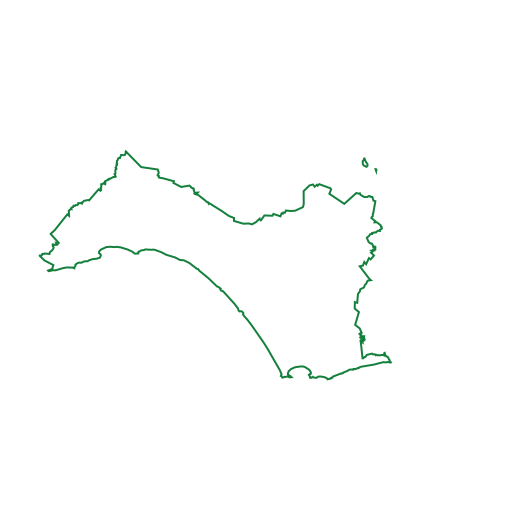 Comondú, Baja California Sur, Mexico (Albers equal-area conic projection), rotated 310°
{"feature_id": "50627088B21176552123181", "entity_name": "Comondú", "entity_type": "district", "adm_level": 2, "iso_a3": "MEX", "parent_name": "Mexico", "parent_adm1": "Baja California Sur", "projection": "albers", "projection_center": [-111.876, 25.447], "detail": "fine", "context": "isolated", "style": "outline", "palette": "green", "viewbox_px": 512, "rotation_deg": 310, "n_neighbors": 0, "source": "geoboundaries", "source_scale": "gbopen_adm2", "svg_char_len": 6057}
<svg xmlns="http://www.w3.org/2000/svg" viewBox="0 0 512 512"><g transform="rotate(310 256 256)"><path d="M252.4,89.0L252.1,89.1L251.2,90.3L250.8,90.0L249.4,90.6L248.1,89.8L246.7,87.7L243.6,88.8L242.8,87.9L242.1,87.7L240.6,88.4L239.6,88.3L238.3,89.1L237.9,90.0L236.9,90.1L236.8,90.7L236.3,91.0L235.8,90.8L234.5,91.6L233.3,91.7L233.0,93.1L231.4,93.0L228.9,95.2L228.3,95.5L227.8,95.1L226.6,97.5L225.9,97.2L225.0,96.0L220.0,94.1L220.3,93.7L217.5,93.0L216.2,92.3L215.6,92.5L215.2,93.6L214.1,94.3L213.6,92.3L212.4,92.2L211.5,91.3L208.7,93.6L208.1,93.3L207.8,93.6L207.0,95.0L205.9,94.8L205.9,92.6L191.3,92.4L191.1,91.5L187.7,88.8L186.1,88.6L184.4,89.0L184.6,88.0L183.7,87.7L182.2,85.8L181.2,86.5L180.2,86.4L178.9,85.0L177.9,85.0L177.2,83.9L176.0,84.4L175.1,83.8L173.8,83.7L173.2,84.6L172.6,83.8L170.4,83.5L166.6,87.0L166.6,84.7L146.5,85.2L140.9,84.5L139.2,96.5L138.7,96.5L137.9,95.7L137.5,94.7L137.3,95.2L136.1,95.2L136.9,95.8L136.8,96.3L135.9,95.7L135.5,94.8L134.6,94.1L134.5,92.9L134.2,92.8L132.9,94.1L133.0,94.6L132.5,95.4L131.4,96.0L128.9,96.2L127.5,95.7L126.1,95.8L124.8,96.5L122.0,92.4L121.2,92.2L120.3,91.0L119.1,91.4L118.0,91.2L117.2,89.4L116.6,96.8L118.8,106.6L115.1,108.2L111.2,106.1L111.1,106.9L115.0,110.0L116.1,111.6L122.6,115.9L125.4,118.2L129.3,123.0L129.8,124.7L130.7,124.1L132.3,124.1L133.4,123.2L135.9,123.9L137.4,124.9L138.4,126.4L141.6,128.0L143.8,130.4L145.5,130.9L148.6,132.9L151.4,135.6L154.4,137.5L156.7,136.8L157.4,135.7L157.2,135.3L157.4,133.7L158.8,132.9L161.3,133.1L166.6,135.6L169.3,138.3L171.8,141.8L173.4,143.3L175.7,146.9L178.6,153.9L179.8,158.5L179.9,161.7L182.3,164.2L183.7,163.2L184.6,163.9L186.4,164.4L188.6,166.4L189.9,167.0L193.6,172.0L194.9,173.2L195.8,174.8L198.0,180.9L199.3,186.6L202.9,195.0L204.1,200.4L206.3,203.4L207.8,209.4L208.2,219.0L208.8,220.2L208.3,221.7L208.4,234.3L207.6,245.6L208.1,247.0L208.3,249.8L207.7,249.8L207.3,250.6L207.1,251.9L207.7,252.7L207.7,254.4L205.5,270.5L204.2,276.0L203.2,277.4L202.9,278.5L203.1,279.3L203.9,279.8L204.5,280.9L204.1,283.1L202.9,283.7L202.4,285.1L201.7,290.2L200.0,297.7L194.4,318.2L192.1,325.2L183.9,347.5L182.0,351.4L180.1,352.2L180.4,352.8L179.8,354.4L180.1,354.8L181.7,355.4L182.3,356.4L183.5,357.1L184.1,357.8L184.6,359.7L186.0,361.1L186.1,360.1L185.7,356.7L186.5,355.9L188.9,355.1L191.9,355.5L195.5,357.2L197.5,358.8L200.3,361.4L201.9,363.6L202.4,365.1L203.0,369.2L202.8,371.0L202.0,373.0L200.9,373.7L200.2,373.1L198.9,372.9L198.4,374.6L197.5,375.7L198.0,376.5L199.9,377.1L199.7,377.8L201.5,380.6L203.6,381.2L205.5,383.3L207.5,387.1L207.9,389.3L207.5,390.0L209.4,391.6L209.8,391.5L210.9,392.0L211.0,392.4L211.9,392.3L212.1,392.7L213.2,392.5L220.6,396.6L220.9,397.2L221.4,397.2L221.9,397.8L223.3,398.0L226.5,399.8L228.7,400.5L230.0,401.6L231.4,403.5L231.8,403.2L232.3,403.4L233.0,404.5L234.0,405.3L235.3,405.8L235.7,406.4L236.3,406.4L236.9,407.0L237.3,406.9L238.5,407.5L248.6,416.1L256.4,421.7L258.3,424.2L259.2,424.8L260.9,427.4L261.2,428.5L261.3,425.9L262.1,425.3L262.2,424.4L263.0,423.0L263.4,421.5L262.8,420.5L263.1,419.5L262.9,419.0L264.5,416.9L263.9,416.7L262.7,417.8L262.5,418.4L262.2,418.4L262.0,417.2L261.1,416.0L259.5,414.8L259.0,413.7L258.0,413.0L257.8,411.8L256.9,411.4L257.1,410.2L255.8,408.8L255.8,407.6L251.5,404.5L249.2,404.7L248.3,404.1L246.4,403.8L246.1,403.4L258.6,390.4L259.3,391.0L259.9,390.4L261.0,390.4L261.7,390.6L261.9,391.5L261.7,391.9L260.6,391.2L260.0,391.7L260.4,392.4L259.8,392.5L259.2,392.1L259.5,391.9L258.6,391.7L258.8,392.0L258.5,392.5L258.5,391.9L258.0,392.2L258.0,391.8L258.0,392.2L258.2,392.6L258.9,392.9L258.6,392.7L259.2,392.6L261.3,393.1L262.6,393.1L261.4,393.0L262.2,392.6L261.6,392.8L261.3,392.0L262.2,392.1L263.5,390.8L263.1,390.5L263.9,390.2L262.7,389.0L262.2,389.2L262.9,390.1L261.5,389.5L260.6,388.8L260.6,388.4L261.2,388.5L261.0,388.1L261.9,387.8L262.6,388.3L262.5,388.1L263.1,387.5L262.8,387.1L263.3,386.6L262.7,386.3L262.8,385.6L263.7,385.7L264.2,386.1L264.4,386.1L264.2,385.7L264.5,385.8L265.1,386.2L267.2,381.9L267.0,376.2L279.2,370.9L279.2,365.4L284.2,361.4L285.2,363.6L292.5,358.5L295.6,358.3L297.5,357.3L301.3,358.9L303.7,358.0L305.5,358.2L308.8,357.4L311.3,359.5L311.3,357.7L314.8,342.1L317.3,344.1L321.0,342.8L320.5,345.6L327.0,343.9L327.1,346.0L332.2,346.1L332.5,341.9L333.6,342.1L334.1,341.6L334.2,342.4L334.9,342.2L334.8,341.8L335.5,342.5L335.9,341.9L336.3,342.3L335.9,342.6L336.5,343.2L337.1,342.7L337.8,343.1L338.2,342.4L338.1,342.0L338.9,341.6L339.1,342.0L339.8,341.5L339.7,341.0L338.1,340.3L339.2,338.8L340.0,336.9L339.9,336.4L339.2,335.8L339.1,333.3L341.2,329.2L344.6,329.7L346.1,329.4L347.5,330.8L348.2,330.2L348.7,330.9L349.4,330.9L351.2,332.8L351.8,332.6L353.8,333.3L354.8,334.8L355.7,334.0L357.4,334.8L358.1,334.6L359.0,333.5L358.7,332.9L359.7,331.7L359.5,327.0L358.0,325.2L359.4,324.9L359.2,320.1L360.1,319.6L361.4,319.9L363.7,318.3L364.0,318.4L374.7,312.2L373.9,310.4L376.0,307.2L375.1,306.0L375.1,304.9L374.4,304.3L374.5,303.9L372.6,303.2L370.7,301.0L370.0,296.6L370.8,295.3L369.5,294.2L368.8,292.4L352.7,290.1L350.8,272.2L355.4,270.7L355.7,268.9L355.1,267.9L351.7,258.3L349.6,258.1L349.8,256.9L346.8,256.4L347.4,253.7L344.4,251.6L336.3,250.8L326.2,259.4L323.5,260.5L315.9,256.9L312.8,253.7L310.1,249.7L307.7,250.3L306.8,248.9L305.7,249.4L305.1,248.2L302.1,249.2L299.4,242.3L297.4,242.7L292.5,236.4L286.4,236.8L286.4,235.1L286.7,234.8L281.8,234.2L277.7,232.6L276.3,229.6L272.6,225.5L268.7,216.6L271.0,214.7L269.3,209.7L268.4,200.4L266.4,186.2L265.6,186.2L266.3,184.5L265.7,183.0L265.9,182.0L265.6,172.3L264.7,170.4L267.1,170.6L265.6,169.0L263.5,169.0L265.1,168.2L266.6,165.7L267.4,165.4L267.6,164.7L267.2,164.3L266.8,162.1L267.1,161.8L267.2,159.8L260.8,154.3L258.9,145.8L260.5,145.1L256.0,135.3L253.7,131.2L254.6,130.4L254.3,130.2L254.7,128.6L256.7,128.3L257.6,127.7L257.9,126.7L258.8,126.0L259.1,125.1L250.3,110.9L252.3,90.6L252.0,90.2L252.4,90.0L252.4,89.0ZM399.0,278.9L400.9,275.7L399.5,276.7L397.2,276.8L395.1,278.7L394.6,280.2L395.3,283.3L396.8,283.4L398.0,282.4L399.0,278.9ZM399.6,292.0L399.3,291.7L398.3,293.5L399.6,292.7L399.6,292.0Z" fill="none" stroke="#15803d" stroke-width="2"/></g></svg>